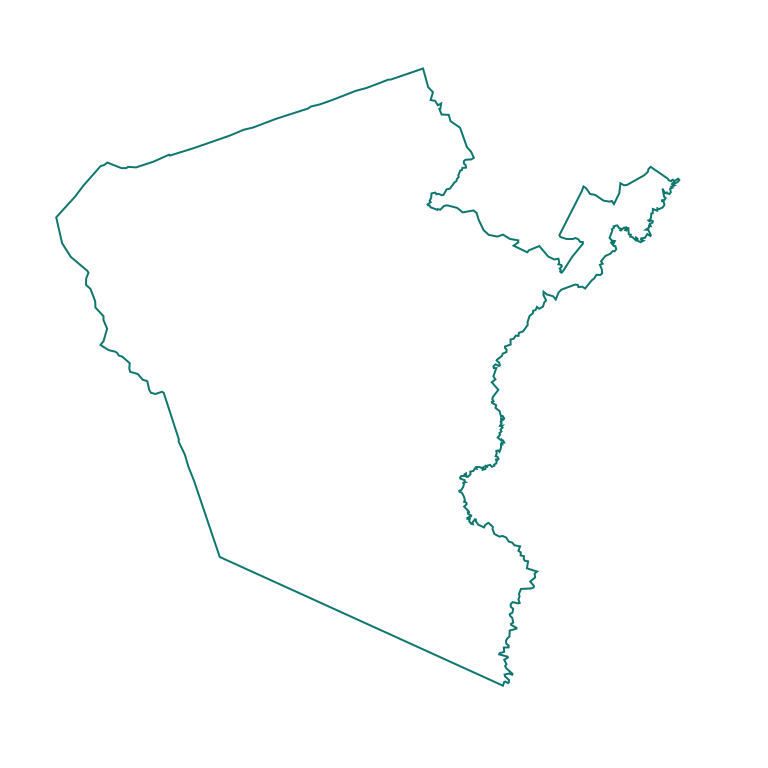 outline of Kilgoris, Rift Valley, Kenya, rotated 355°
{"feature_id": "3690345B49962205101636", "entity_name": "Kilgoris", "entity_type": "district", "adm_level": 2, "iso_a3": "KEN", "parent_name": "Kenya", "parent_adm1": "Rift Valley", "projection": "orthographic", "projection_center": [35.018, -1.222], "detail": "fine", "context": "isolated", "style": "outline", "palette": "teal", "viewbox_px": 768, "rotation_deg": 355, "n_neighbors": 0, "source": "geoboundaries", "source_scale": "gbopen_adm2", "svg_char_len": 6147}
<svg xmlns="http://www.w3.org/2000/svg" viewBox="0 0 768 768"><g transform="rotate(355 384 384)"><path d="M72.0,189.4L75.6,215.7L83.1,230.1L98.3,245.4L99.3,247.4L96.5,252.9L95.8,259.3L99.9,263.7L103.5,276.5L103.2,282.6L110.5,292.1L110.1,295.8L113.0,304.8L108.3,316.9L105.0,320.4L112.5,326.2L119.1,328.4L121.1,330.0L122.2,332.5L125.7,334.0L132.5,341.1L131.6,346.5L132.2,349.7L139.6,352.6L143.9,358.6L148.4,360.6L149.6,369.3L151.0,372.4L155.3,374.0L162.3,372.4L163.8,373.7L174.8,421.2L174.4,423.6L179.5,437.1L181.9,449.2L186.3,463.8L205.3,542.0L476.2,694.9L477.8,691.3L478.9,691.0L481.4,692.8L482.4,692.0L482.7,689.8L479.1,685.8L478.8,684.0L483.3,683.3L486.3,684.8L486.8,684.0L481.0,677.8L480.1,675.5L481.6,673.8L479.7,669.2L483.6,667.2L483.4,666.4L475.2,663.4L475.8,662.2L480.4,661.3L480.4,657.0L485.2,657.2L485.4,655.5L483.2,653.4L483.1,650.7L484.4,648.4L487.0,646.5L487.7,640.6L494.6,639.3L494.7,638.4L489.7,635.2L489.5,634.2L491.9,632.9L491.4,628.1L489.4,625.9L489.2,624.3L492.0,623.0L493.1,619.2L490.8,616.9L491.0,614.5L493.0,612.5L498.8,614.3L500.1,613.9L499.1,610.5L500.5,607.5L500.2,604.8L502.6,600.1L512.8,600.5L515.4,599.7L515.7,598.1L512.4,593.5L517.7,589.9L517.5,586.0L520.2,584.2L510.3,580.1L512.1,573.2L508.8,572.3L507.9,570.6L508.5,567.8L505.2,566.7L505.6,563.7L503.4,561.9L505.4,557.6L499.8,556.0L498.0,553.2L494.6,551.9L492.3,547.6L488.8,545.7L485.7,546.1L480.9,543.0L479.5,538.1L480.0,535.8L476.5,532.0L475.7,531.4L472.5,533.3L471.2,535.6L465.6,532.4L463.6,529.0L463.7,527.0L462.8,526.7L460.1,529.6L460.4,531.4L458.6,530.8L456.9,528.2L457.7,525.8L455.3,525.6L455.4,524.6L459.1,523.4L459.4,522.6L456.7,521.0L456.3,519.3L457.5,519.2L457.3,518.2L453.1,513.1L455.7,511.1L455.8,509.5L453.5,508.2L454.5,506.9L453.8,503.1L452.0,499.0L449.9,498.0L449.7,497.0L451.9,496.2L453.9,493.4L454.9,490.9L454.4,489.4L456.6,488.9L455.7,488.4L455.9,486.8L451.8,484.9L451.5,484.0L452.9,482.5L456.9,482.6L456.4,481.0L457.9,480.2L458.1,483.7L459.5,483.8L462.3,481.5L462.3,478.8L465.5,478.4L467.1,476.0L468.9,476.6L468.7,474.8L472.3,475.1L474.0,476.3L475.7,475.6L474.9,478.1L477.6,477.5L478.2,474.5L479.3,475.2L479.2,474.4L482.8,473.9L484.3,475.9L486.8,475.0L486.7,474.0L488.9,472.9L489.5,470.8L488.6,468.3L490.1,469.8L491.6,468.6L490.7,466.4L488.9,465.7L490.3,462.9L490.0,460.5L491.9,460.1L493.1,461.6L495.1,457.5L495.3,454.1L496.6,454.4L496.3,452.7L498.6,452.8L497.7,450.6L496.2,450.4L496.1,449.5L495.3,449.9L492.6,447.2L495.3,444.6L494.7,442.9L496.9,441.5L496.1,439.5L498.3,437.7L497.3,436.5L498.2,435.8L496.0,435.8L497.7,433.2L496.9,432.0L498.8,430.5L497.5,430.0L497.6,428.5L500.4,429.3L500.7,428.6L499.4,426.2L497.7,426.2L496.8,421.1L493.0,417.5L493.9,414.9L489.8,412.0L489.8,411.2L491.6,410.6L490.6,408.6L491.1,406.7L497.4,399.8L491.5,391.6L495.4,389.2L493.7,385.8L497.3,377.9L494.8,377.7L494.5,376.0L497.0,374.1L500.0,376.1L501.0,375.6L500.7,372.9L498.2,370.4L498.7,369.6L503.9,366.3L504.9,364.1L508.7,362.9L509.2,360.6L507.6,358.4L507.9,357.2L513.6,355.7L513.9,350.7L517.2,350.2L519.4,347.3L522.2,347.8L522.8,344.8L527.1,343.7L532.3,337.7L532.4,334.8L535.0,328.8L538.4,326.6L539.0,324.0L541.4,323.6L543.1,320.5L545.1,322.6L549.1,320.8L550.7,316.8L552.8,314.9L550.6,309.3L551.0,306.0L553.9,308.9L560.2,311.4L562.5,314.8L565.8,308.2L568.9,305.5L583.1,301.6L585.7,302.2L586.1,304.4L589.9,304.3L592.7,306.4L600.0,298.8L602.5,297.3L605.2,293.7L608.9,294.3L611.0,292.8L611.0,289.1L609.5,284.0L612.3,283.2L610.9,280.7L615.7,275.7L620.6,274.1L623.6,271.5L625.2,271.9L627.1,270.0L626.5,266.8L625.0,266.5L622.5,263.0L623.3,262.2L625.0,264.0L626.4,261.7L623.7,261.1L621.4,258.1L624.9,251.0L624.5,249.7L626.7,248.5L626.5,246.9L630.2,246.3L631.8,249.2L633.6,250.0L632.7,251.4L633.4,251.7L636.7,249.2L638.6,249.1L637.6,251.7L638.8,252.2L640.2,249.9L641.0,250.0L640.9,256.2L642.9,256.8L642.1,258.6L644.4,259.4L647.1,262.5L647.9,260.1L649.3,261.7L648.3,263.0L652.0,265.1L655.0,263.8L652.6,262.6L653.0,261.3L656.7,261.1L659.4,257.6L662.3,259.8L662.8,259.1L660.8,253.6L658.3,253.1L661.6,251.3L661.9,249.3L663.4,249.8L662.8,247.7L665.6,246.6L666.0,245.3L664.7,244.3L662.5,245.0L661.8,244.2L662.7,244.1L664.5,241.5L665.1,237.5L666.6,237.3L667.1,233.1L671.3,235.1L671.7,232.8L673.2,233.8L676.9,232.5L679.0,230.0L678.5,226.8L676.9,226.1L677.0,225.2L679.7,224.9L680.8,223.4L679.4,222.0L678.5,213.6L680.4,218.3L682.3,217.8L682.4,218.7L685.1,219.5L686.4,218.0L686.1,214.3L688.5,213.6L687.5,212.4L690.7,211.5L688.3,209.9L690.2,208.2L691.4,209.5L694.4,208.2L696.0,206.5L694.9,205.1L691.1,207.1L689.3,205.6L687.6,207.0L685.6,205.9L684.4,204.0L668.5,190.9L666.2,193.0L665.3,195.7L661.3,198.8L643.6,206.8L640.5,207.0L637.0,204.6L635.0,214.4L628.8,224.8L626.9,221.5L624.4,222.0L618.6,220.4L610.8,214.0L605.9,212.7L602.4,206.6L599.9,204.6L598.1,208.7L571.7,251.0L572.5,252.9L578.3,255.4L584.5,256.0L587.6,255.3L590.3,256.9L591.7,259.5L594.4,259.9L594.4,261.5L582.5,273.8L572.5,286.8L570.7,288.6L569.9,288.2L569.3,287.3L570.1,285.9L569.1,284.3L571.3,282.6L571.1,281.0L568.2,279.9L569.2,278.3L568.7,274.4L564.6,274.8L558.8,271.4L550.7,260.1L539.9,263.5L538.2,265.3L525.2,257.5L530.1,254.6L530.3,252.6L522.2,250.5L515.6,245.6L509.8,247.0L501.4,244.6L496.6,239.4L492.6,228.6L491.1,221.6L488.2,218.9L477.3,219.9L472.2,214.9L462.4,211.5L459.3,211.9L455.3,215.2L452.6,214.5L452.2,215.1L445.8,212.0L445.0,210.2L443.4,209.8L443.0,209.0L446.3,206.8L445.4,205.5L447.2,202.7L447.9,198.3L451.8,197.8L452.8,199.6L455.1,199.3L457.7,200.9L459.7,200.8L463.4,195.5L466.8,195.1L471.4,189.7L473.9,188.1L474.4,186.3L476.5,184.2L476.2,182.6L478.6,177.9L480.2,177.8L480.9,175.6L484.5,175.6L484.5,173.2L482.8,171.3L483.0,169.0L484.8,167.7L490.6,167.9L493.2,166.4L491.0,160.2L487.3,155.4L482.1,135.3L473.2,128.0L471.9,121.5L464.9,120.6L463.1,114.9L464.1,114.8L465.4,109.5L461.9,111.0L459.6,106.4L455.2,105.2L458.2,97.5L453.9,92.2L450.4,73.1L417.2,81.3L414.7,81.2L392.3,87.6L381.4,89.5L357.5,96.5L344.3,99.9L335.3,101.2L332.5,102.9L299.6,110.4L275.5,117.2L266.7,118.4L252.0,123.1L215.5,132.3L190.6,137.8L189.9,136.8L173.8,142.4L155.9,146.6L148.1,145.4L145.8,146.5L141.3,146.1L127.7,139.3L124.4,141.4L120.6,142.3L101.8,160.2L92.7,170.3L72.0,189.4Z" fill="none" stroke="#0f766e" stroke-width="2"/></g></svg>